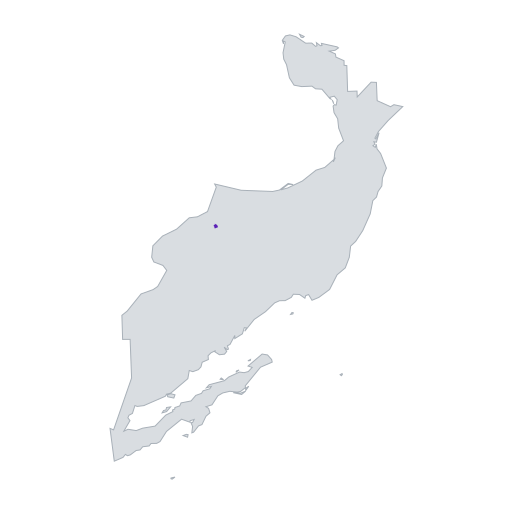 Ciénega de Flores, Nuevo León, Mexico (highlighted), rotated 268°
{"feature_id": "50627088B12014527787580", "entity_name": "Ciénega de Flores", "entity_type": "district", "adm_level": 2, "iso_a3": "MEX", "parent_name": "Mexico", "parent_adm1": "Nuevo León", "projection": "natural_earth1", "projection_center": [-100.2, 25.971], "detail": "fine", "context": "in_parent", "style": "filled", "palette": "violet", "viewbox_px": 512, "rotation_deg": 268, "n_neighbors": 0, "source": "geoboundaries", "source_scale": "gbopen_adm2", "svg_char_len": 4449}
<svg xmlns="http://www.w3.org/2000/svg" viewBox="0 0 512 512"><g transform="rotate(268 256 256)"><path d="M55.9,107.2L88.8,104.1L87.2,107.6L138.4,127.4L177.1,127.3L177.3,119.8L201.4,119.9L205.4,125.3L222.1,139.8L226.0,152.0L229.0,156.7L244.7,166.3L249.8,162.7L253.6,153.7L258.4,151.7L269.8,153.3L279.2,163.3L285.6,177.6L296.5,190.6L297.2,198.8L302.1,209.1L326.2,218.7L329.4,217.2L322.2,243.5L319.9,274.9L321.1,281.7L327.4,290.7L326.1,295.6L326.5,290.7L321.2,283.0L322.9,290.1L329.3,304.9L339.7,319.0L342.1,327.8L349.4,336.8L347.4,336.6L351.5,338.7L350.2,337.4L357.8,338.6L363.3,341.7L368.1,347.5L380.9,343.1L390.3,342.4L396.5,339.0L403.1,338.3L404.5,339.6L404.0,341.4L409.4,342.6L413.0,339.8L412.0,335.2L410.2,336.4L410.7,335.4L420.4,327.7L421.0,321.4L423.8,317.8L423.7,307.6L425.4,300.0L432.9,295.6L446.1,293.2L451.8,290.6L458.2,290.1L468.9,292.7L469.8,291.0L467.0,290.9L470.6,289.8L474.9,293.1L475.8,297.6L473.7,303.7L467.0,313.0L466.8,319.2L463.4,322.9L464.0,324.3L467.1,323.8L463.9,327.7L464.0,329.3L466.2,328.8L462.2,344.3L461.1,345.7L458.8,342.2L458.2,336.3L455.2,342.4L452.0,342.8L448.1,350.8L443.5,350.7L443.1,353.4L417.3,353.3L417.3,362.7L411.4,362.7L425.7,377.1L425.3,382.4L407.0,382.5L400.5,395.7L402.4,399.1L400.2,407.9L386.8,392.8L376.1,382.7L369.6,378.9L368.8,379.9L374.9,383.3L365.5,380.3L366.1,377.8L363.6,378.8L362.1,376.7L360.4,379.0L363.5,380.1L358.8,380.7L354.1,384.1L339.3,389.4L329.7,385.1L321.6,384.2L316.1,380.2L310.7,378.5L307.3,374.7L294.1,371.6L277.7,363.6L267.1,356.1L262.6,350.9L251.5,349.2L241.0,344.8L234.4,336.4L220.0,328.4L212.4,317.3L209.8,310.4L215.6,307.2L214.7,304.3L212.1,303.4L216.0,298.2L216.5,292.0L213.4,289.8L210.4,283.6L210.5,278.0L208.5,273.0L200.0,263.5L192.7,252.0L181.2,242.1L184.5,244.0L184.8,241.8L178.7,239.7L174.2,231.9L177.4,232.1L168.5,226.9L167.3,224.3L163.9,225.2L163.4,224.0L166.0,221.0L161.6,223.4L159.0,221.1L158.6,216.0L161.8,211.4L162.9,212.3L160.8,207.6L158.0,204.6L154.2,204.8L151.7,198.5L147.1,197.1L144.4,194.4L142.6,188.8L143.9,185.3L135.8,183.6L121.9,166.0L121.1,161.8L119.0,160.5L110.4,138.7L109.8,132.0L110.8,129.8L103.0,127.0L101.3,123.5L98.8,122.3L95.9,124.3L85.5,117.8L87.3,122.0L85.7,130.2L87.9,136.8L89.5,149.2L100.1,160.2L103.4,167.5L105.0,167.2L105.8,169.4L107.4,169.7L108.8,174.5L111.8,176.0L113.4,186.0L118.8,191.0L120.6,196.7L123.2,198.5L124.9,205.2L127.2,206.8L126.0,201.8L129.0,204.7L132.5,220.1L136.0,224.5L140.6,235.5L139.8,240.1L140.8,244.3L144.8,248.3L146.3,244.2L157.8,258.7L156.7,264.1L152.0,268.0L149.4,268.5L144.7,256.6L126.6,240.7L124.9,240.9L121.2,235.9L120.6,232.5L121.7,225.1L120.3,218.0L117.6,213.0L108.8,206.8L107.1,200.7L105.4,203.3L100.9,204.5L97.6,200.4L89.4,196.1L88.2,192.6L82.1,187.5L81.5,185.7L87.9,186.7L91.7,185.2L91.7,186.8L94.8,188.5L93.7,184.4L92.2,184.2L95.5,175.9L83.8,160.4L73.9,153.6L72.2,150.2L72.3,144.5L69.9,142.6L69.3,136.1L66.2,133.3L65.8,129.4L61.6,123.4L60.9,120.5L62.3,118.6L59.4,116.1L55.9,107.2ZM121.3,166.2L120.1,170.2L116.9,168.9L118.4,162.9L120.3,162.3L121.3,166.2ZM108.2,165.4L103.6,161.2L102.5,156.7L104.8,158.2L105.3,160.6L107.7,161.3L108.2,165.4ZM473.7,311.8L472.6,310.5L473.1,308.7L476.1,307.2L473.7,311.8ZM121.3,240.9L118.1,236.8L120.2,228.5L119.5,235.9L121.3,240.9ZM79.8,181.9L77.3,181.3L79.1,176.9L80.2,180.2L79.8,181.9ZM37.9,167.3L35.9,164.4L36.4,163.2L37.1,163.3L37.9,167.3ZM124.1,241.0L126.1,244.2L122.0,241.1L124.1,241.0ZM198.3,290.0L197.9,291.3L196.8,290.8L196.4,288.5L198.3,290.0ZM141.9,232.6L142.7,235.1L140.5,231.9L141.9,232.6ZM134.1,215.9L135.3,217.0L133.5,219.3L134.1,215.9ZM135.5,337.9L134.6,338.2L133.4,337.2L134.4,335.9L135.5,337.9ZM407.7,338.4L405.4,339.0L409.3,337.6L407.7,338.4ZM152.8,246.9L151.7,246.6L151.5,244.2L152.8,246.9Z" fill="#d9dde1" stroke="#a8b0b8" stroke-width="1"/><path d="M286.4,218.0L286.6,218.1L286.8,218.1L286.9,217.9L287.0,217.9L287.0,218.0L287.0,217.9L287.2,218.0L287.4,217.9L287.5,217.8L287.4,217.8L287.4,217.7L287.5,217.5L287.6,217.4L287.7,217.2L287.8,217.2L288.0,217.1L287.9,217.0L287.9,216.9L288.0,216.8L287.9,216.8L288.0,216.8L288.0,216.7L288.2,216.4L288.1,216.2L288.0,215.9L287.9,216.0L287.7,216.3L287.6,216.0L287.5,215.9L287.4,215.8L287.2,216.0L286.9,216.2L286.4,216.2L286.4,216.3L286.5,216.4L286.5,216.5L286.4,216.5L286.4,216.4L286.2,216.4L286.0,216.2L285.9,216.2L285.9,216.3L286.0,216.4L286.0,216.5L286.3,216.7L286.3,216.8L286.4,217.2L286.5,217.3L286.4,217.4L286.3,217.5L286.3,217.8L286.4,218.0L286.4,218.0Z" fill="#8b5cf6" stroke="#5b21b6" stroke-width="1.5"/></g></svg>